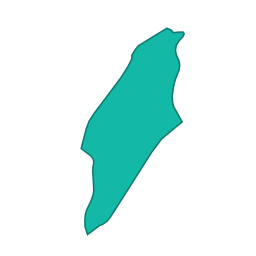 SVG path tracing the border of Chiradzulu, rotated 36°
{"feature_id": "MWI-1917", "entity_name": "Chiradzulu", "entity_type": "District", "adm_level": 1, "iso_a3": "MWI", "parent_name": "Malawi", "parent_adm1": "", "projection": "equal_earth", "projection_center": [35.217, -15.764], "detail": "fine", "context": "isolated", "style": "filled", "palette": "teal", "viewbox_px": 256, "rotation_deg": 36, "n_neighbors": 0, "source": "natural_earth", "source_scale": "10m", "svg_char_len": 745}
<svg xmlns="http://www.w3.org/2000/svg" viewBox="0 0 256 256"><g transform="rotate(36 128 128)"><path d="M116.2,18.0L118.1,18.8L118.7,21.7L118.1,28.1L118.4,32.6L120.8,37.4L124.2,40.5L129.6,43.6L132.8,46.6L135.1,50.8L137.8,60.9L140.2,67.1L145.0,76.2L149.0,81.1L152.8,84.1L168.2,91.2L161.6,117.0L161.4,133.8L166.1,209.5L165.8,216.0L164.0,221.2L162.4,223.3L157.9,238.0L151.0,232.9L147.0,227.5L144.4,223.1L142.8,218.9L141.0,209.1L139.1,202.7L137.0,198.6L125.0,183.8L122.5,180.0L120.3,175.6L118.0,173.6L114.8,172.4L102.2,172.2L94.7,153.3L92.5,145.2L92.0,136.2L92.7,91.9L91.9,78.7L90.5,70.0L88.3,66.7L87.8,60.3L88.1,55.2L100.8,24.5L105.6,23.3L107.9,24.3L110.2,22.9L112.4,20.8L116.2,18.0Z" fill="#14b8a6" stroke="#0f766e" stroke-width="1.5"/></g></svg>